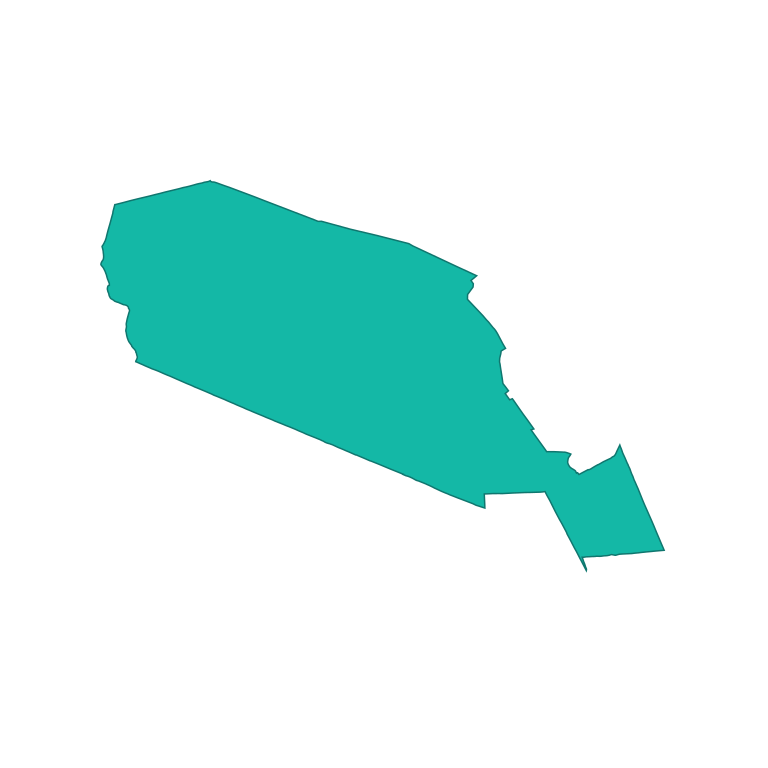 Didesti, Teleorman, Romania (Natural Earth projection), rotated 220°
{"feature_id": "2599482B46848008885107", "entity_name": "Didesti", "entity_type": "district", "adm_level": 2, "iso_a3": "ROU", "parent_name": "Romania", "parent_adm1": "Teleorman", "projection": "natural_earth1", "projection_center": [24.889, 44.225], "detail": "fine", "context": "isolated", "style": "filled", "palette": "teal", "viewbox_px": 768, "rotation_deg": 220, "n_neighbors": 0, "source": "geoboundaries", "source_scale": "gbopen_adm2", "svg_char_len": 6128}
<svg xmlns="http://www.w3.org/2000/svg" viewBox="0 0 768 768"><g transform="rotate(220 384 384)"><path d="M382.6,526.5L403.9,520.7L450.6,508.3L455.2,507.5L483.7,493.8L509.6,480.8L536.4,468.5L539.1,466.2L542.5,465.1L549.5,462.7L566.0,457.0L594.2,447.3L603.4,444.2L615.6,439.9L628.9,435.2L633.6,433.4L639.3,431.3L640.5,430.9L642.0,430.3L643.3,429.8L644.2,429.3L645.2,428.5L645.9,428.1L647.2,427.8L647.5,427.8L647.8,428.0L648.1,427.3L648.5,426.5L649.3,425.4L651.2,423.2L651.7,422.5L652.0,421.9L652.6,421.0L653.4,420.0L654.7,418.4L656.1,416.5L657.9,413.8L659.9,410.9L662.1,407.9L664.1,405.4L666.5,401.9L671.0,395.8L675.3,390.0L678.3,385.7L680.7,382.5L683.9,378.0L688.5,371.8L690.9,368.6L696.0,361.6L700.7,354.9L703.6,350.9L704.8,349.2L705.5,348.4L703.2,343.5L702.5,342.0L701.5,340.5L699.6,336.3L697.3,331.4L694.1,324.2L691.9,319.6L690.7,317.3L690.1,315.7L689.6,314.5L689.4,313.4L689.0,312.0L688.6,309.9L688.5,308.9L688.5,308.3L688.1,307.9L686.1,306.5L684.7,305.4L683.3,304.0L682.0,302.8L680.6,301.3L680.1,300.6L679.3,299.3L679.1,298.8L679.0,298.1L678.9,296.8L678.6,295.4L678.2,294.4L677.9,293.8L677.5,293.5L676.9,293.2L675.8,293.0L674.2,292.7L673.0,292.3L669.8,290.9L668.3,290.0L667.0,289.3L666.0,288.6L664.6,287.6L662.9,286.5L662.0,286.1L660.8,285.4L659.8,284.9L659.0,284.4L658.3,283.6L657.8,283.0L658.1,282.7L658.3,282.4L658.4,282.1L658.4,281.5L658.0,280.5L657.4,279.5L657.0,278.9L656.2,278.3L655.3,277.6L654.3,277.0L653.1,276.4L651.3,275.0L650.2,274.5L648.9,274.0L648.3,273.9L647.8,273.9L645.6,274.3L644.7,274.4L643.9,274.3L643.3,274.4L641.6,275.0L641.0,275.2L639.9,275.8L639.2,275.9L637.0,276.6L634.6,277.3L634.0,277.7L633.0,278.2L632.4,278.5L631.2,278.8L630.4,278.8L629.9,278.8L629.4,278.6L628.5,277.9L628.2,277.7L627.0,277.4L626.7,277.2L626.4,276.9L626.0,276.5L625.7,275.9L625.0,274.1L624.1,272.2L623.5,270.8L622.4,268.5L621.2,266.3L620.4,264.8L619.8,264.0L619.1,263.3L618.5,262.8L617.8,261.9L617.3,261.0L616.6,259.7L616.1,259.0L615.8,258.6L614.9,258.0L612.3,255.8L611.2,255.0L610.2,254.3L607.9,253.0L606.8,252.5L605.9,252.2L603.0,251.5L602.2,251.3L601.8,251.0L601.5,250.8L601.1,250.7L598.9,250.3L597.4,250.2L596.7,250.0L595.9,249.8L595.3,249.5L594.8,249.2L594.3,248.7L593.9,248.7L591.3,246.8L590.6,246.4L590.3,246.1L590.0,245.6L589.7,245.1L589.2,243.6L589.1,242.9L588.9,242.2L588.5,241.5L587.7,241.8L586.7,242.1L583.5,243.0L581.6,243.6L578.6,244.4L573.7,245.9L571.5,246.5L570.2,247.0L568.3,247.7L566.8,248.2L565.3,248.7L562.6,249.5L559.4,250.4L555.2,251.7L554.1,252.1L552.5,252.6L549.1,253.6L545.9,254.5L537.8,256.9L535.7,257.5L531.4,258.9L528.9,259.6L526.9,260.1L524.9,260.8L519.1,262.6L517.2,263.2L511.9,264.8L509.6,265.5L507.0,266.1L505.3,266.7L503.5,267.3L498.7,268.8L495.9,269.7L494.0,270.2L492.3,270.7L488.3,271.9L486.8,272.4L485.0,272.9L483.5,273.3L480.6,274.2L478.7,274.8L476.8,275.4L474.1,276.1L464.4,279.1L455.6,281.9L452.8,282.7L449.5,283.8L446.4,284.8L444.5,285.3L443.7,285.5L435.9,288.1L432.6,289.1L429.5,290.2L422.9,292.3L419.6,293.2L414.8,294.7L411.4,295.6L406.0,297.4L396.8,300.4L395.7,300.6L393.8,301.2L391.8,301.5L390.1,302.0L388.2,302.8L387.2,303.3L386.7,303.5L386.3,303.6L384.5,304.3L378.5,305.9L373.2,307.6L370.7,308.3L366.9,309.5L360.2,311.4L359.8,311.6L359.7,311.7L359.5,311.9L358.1,312.3L352.3,314.1L345.2,316.2L344.4,316.6L336.5,319.2L324.3,323.0L319.7,324.5L311.4,327.2L311.4,326.9L308.3,327.8L306.4,328.7L304.7,329.3L301.8,330.1L299.7,330.5L298.1,330.8L297.3,331.0L296.5,331.3L295.3,331.9L294.3,332.2L291.3,333.2L287.6,334.4L286.3,334.7L285.1,335.1L282.5,335.8L280.1,336.4L278.5,336.7L276.4,337.3L271.1,338.7L266.9,340.0L264.6,340.8L262.4,341.4L258.3,342.8L254.7,344.0L250.4,345.5L239.1,349.4L235.5,350.3L233.2,351.3L230.9,352.2L228.7,353.1L227.0,353.8L229.3,356.4L234.1,361.6L236.5,364.2L232.7,367.7L230.0,370.2L225.5,374.0L222.6,376.4L215.8,382.8L205.8,391.9L203.1,394.2L194.7,401.7L193.1,403.3L191.5,405.1L187.8,403.5L181.8,401.2L179.3,400.1L170.8,396.4L165.6,394.3L162.4,393.0L158.3,391.5L151.1,388.6L148.5,387.5L147.4,386.8L146.4,386.4L140.9,384.2L133.0,380.9L128.8,379.3L121.7,376.3L119.4,375.4L109.1,371.1L109.4,371.7L109.9,372.3L110.5,372.7L112.1,373.5L114.1,374.8L114.6,375.1L116.9,376.3L120.8,378.7L120.0,379.3L119.3,380.1L117.8,381.8L116.9,382.6L116.0,383.4L113.9,385.4L111.3,387.7L110.9,388.3L110.1,389.0L107.8,390.8L106.9,391.7L105.0,393.8L103.6,395.1L102.8,395.9L101.4,397.6L100.6,398.9L100.1,399.6L97.0,401.3L96.4,401.8L95.0,403.9L94.1,405.1L91.8,407.3L85.2,413.4L83.1,415.7L80.6,418.2L78.2,420.8L74.7,424.4L71.8,427.3L69.7,429.5L62.5,436.7L64.4,437.7L68.6,439.8L74.9,443.0L80.2,445.7L86.5,449.0L91.3,451.4L102.1,456.7L107.4,459.3L110.7,461.0L121.9,467.0L124.6,468.3L128.6,470.3L130.8,471.3L134.0,473.2L136.4,474.3L138.2,475.3L140.0,476.4L141.4,477.2L142.8,477.8L144.3,478.5L145.3,479.1L146.8,479.7L151.9,482.3L156.8,484.6L158.9,485.9L160.8,487.0L162.8,488.0L164.1,488.8L163.0,484.5L162.3,481.8L161.9,480.5L161.6,479.4L161.4,477.8L161.4,477.2L161.4,476.7L161.7,476.0L162.2,474.8L162.4,473.7L162.7,472.5L163.2,471.5L164.0,469.8L166.0,465.4L167.1,462.3L167.9,460.2L168.4,459.4L169.6,456.2L170.3,454.1L171.1,451.6L171.7,450.4L172.0,450.0L172.3,449.7L172.6,449.6L176.5,440.0L177.1,440.1L177.7,440.3L178.4,440.4L178.7,440.4L178.9,440.3L179.1,440.1L179.3,439.5L179.9,439.7L180.6,440.1L181.2,440.4L182.2,440.5L184.1,440.3L185.6,440.0L187.1,439.9L188.2,439.9L189.4,440.2L191.0,440.8L192.3,441.5L193.2,442.3L194.4,444.2L195.2,445.8L195.3,446.3L195.4,447.0L195.5,448.7L195.8,450.4L197.4,449.9L199.4,449.1L200.6,448.6L201.7,448.0L202.4,447.4L203.9,446.3L206.5,444.3L209.9,441.7L215.2,437.3L215.9,436.7L218.3,437.4L236.5,442.0L241.9,443.4L240.3,445.9L251.6,448.8L258.2,450.4L264.2,452.0L274.4,454.8L276.2,455.2L277.6,452.7L285.0,454.6L284.3,458.8L289.4,460.0L293.2,460.8L297.4,464.6L305.0,471.2L306.9,472.9L308.0,473.9L309.5,475.0L309.9,475.4L311.4,477.4L312.0,478.2L313.9,482.1L314.7,483.4L315.4,484.4L315.4,484.6L315.3,485.1L314.4,487.8L313.8,489.4L319.4,491.4L321.3,492.2L329.9,495.7L333.0,496.7L334.9,497.1L336.8,497.3L343.8,498.7L346.8,499.0L352.0,499.9L374.5,502.5L377.5,506.3L378.1,515.5L380.0,518.2L383.9,519.2L382.6,526.5Z" fill="#14b8a6" stroke="#0f766e" stroke-width="1.5"/></g></svg>